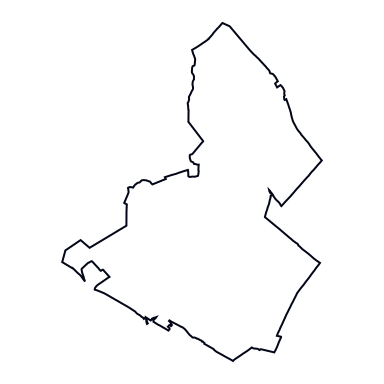 outline of Hanesti, Botosani, Romania
{"feature_id": "2599482B45737492982301", "entity_name": "Hanesti", "entity_type": "district", "adm_level": 2, "iso_a3": "ROU", "parent_name": "Romania", "parent_adm1": "Botosani", "projection": "orthographic", "projection_center": [27.009, 47.93], "detail": "fine", "context": "isolated", "style": "outline", "palette": "ink", "viewbox_px": 384, "rotation_deg": 0, "n_neighbors": 0, "source": "geoboundaries", "source_scale": "gbopen_adm2", "svg_char_len": 5916}
<svg xmlns="http://www.w3.org/2000/svg" viewBox="0 0 384 384"><path d="M274.3,352.4L275.8,349.6L277.1,346.8L278.8,342.3L280.2,339.2L280.9,337.6L281.1,337.0L281.1,336.8L281.0,336.7L276.9,335.8L277.9,333.2L278.1,332.7L279.5,330.0L280.4,327.7L282.5,323.4L282.8,322.6L286.5,314.4L287.9,311.7L289.1,309.2L289.8,307.9L291.8,303.7L292.6,302.3L294.9,297.7L295.4,296.8L297.1,293.2L300.4,288.7L302.9,285.6L303.7,284.7L305.4,282.3L309.3,277.3L311.0,274.9L313.7,271.3L314.1,270.9L316.1,268.0L318.2,265.4L320.0,262.9L316.2,260.3L313.8,258.5L309.3,254.5L305.1,251.2L302.0,248.9L301.2,247.9L300.7,247.6L299.5,246.3L298.4,245.5L298.1,245.0L298.0,244.4L297.8,244.1L297.4,243.7L295.7,242.7L294.5,241.7L293.7,241.2L292.6,240.4L291.8,239.5L289.5,237.7L280.6,230.1L279.6,229.2L273.1,223.9L264.9,217.1L266.0,212.8L267.3,209.0L267.7,207.5L269.1,203.7L269.8,200.1L270.5,197.9L270.5,196.9L270.7,195.9L271.3,195.7L271.7,195.3L271.9,195.0L271.9,194.8L271.8,194.3L271.5,193.9L271.1,193.6L270.4,193.2L269.3,191.0L269.1,190.0L270.1,191.1L270.8,192.2L272.8,194.6L273.3,195.9L275.3,198.8L276.4,200.0L279.2,202.7L279.7,203.4L280.1,204.1L280.9,205.6L281.2,205.9L281.4,206.1L285.7,201.3L290.4,196.4L292.4,194.0L293.5,192.8L296.6,189.1L298.7,186.9L304.5,180.2L308.0,176.4L308.5,176.0L310.2,173.7L312.2,171.3L313.2,170.4L317.0,166.0L318.2,164.5L319.5,163.2L321.8,160.4L321.4,160.0L317.9,155.6L316.5,153.7L312.0,148.2L310.6,146.4L308.9,143.7L307.8,142.2L305.9,140.2L304.5,138.4L303.8,137.6L301.2,134.6L300.4,133.2L298.6,131.1L297.0,128.9L293.4,122.2L292.7,120.5L291.7,116.9L291.2,114.8L291.0,113.7L291.0,113.3L289.7,108.9L289.4,108.1L289.0,107.2L288.6,105.6L286.3,99.2L284.8,100.0L284.7,99.9L284.3,99.4L284.0,96.5L284.1,96.2L284.5,95.7L284.7,95.4L284.2,93.8L284.5,91.0L283.0,87.9L282.2,86.9L281.4,85.9L280.5,85.1L277.1,87.4L275.1,83.6L276.3,82.4L277.8,81.3L275.8,77.6L274.8,76.0L274.3,75.7L273.6,74.7L272.8,74.0L272.4,73.8L271.3,73.6L270.1,73.2L269.9,72.8L269.8,72.0L269.5,71.1L268.9,70.2L268.4,69.6L266.4,67.5L266.0,66.8L265.0,65.8L261.3,61.8L260.7,61.2L258.4,58.6L256.6,57.0L255.4,55.7L254.2,54.8L251.2,51.7L249.5,49.8L230.2,26.9L229.7,26.4L229.3,26.1L222.4,23.0L218.5,27.5L217.1,28.8L215.9,30.2L213.7,32.7L212.2,34.8L209.1,38.3L208.7,38.5L208.8,38.8L206.4,40.7L196.9,47.1L192.1,49.9L192.3,50.8L193.0,53.2L193.5,54.6L194.1,55.8L194.5,57.3L194.9,58.1L195.1,59.0L195.2,59.7L194.9,62.0L194.9,62.8L194.7,64.3L194.6,64.9L194.5,65.3L194.3,65.5L192.7,66.2L192.2,67.4L191.9,70.6L191.9,71.9L192.0,72.7L192.5,73.7L193.2,74.4L193.4,74.9L193.8,75.6L193.9,76.1L194.0,76.4L193.9,77.0L194.0,79.2L193.8,79.6L193.0,81.0L192.6,82.4L192.6,83.6L192.5,84.4L192.5,84.9L192.9,86.3L193.0,88.0L193.0,88.7L192.9,89.3L192.6,89.8L191.8,91.1L190.2,94.6L189.3,96.2L189.0,96.7L188.9,97.2L188.9,97.6L189.1,98.8L189.1,99.5L188.6,101.2L188.4,101.9L187.9,102.7L187.7,103.1L188.2,107.0L188.3,109.6L188.6,109.9L188.5,113.4L188.5,116.6L188.5,117.6L188.4,118.4L188.5,120.3L188.3,121.7L201.9,139.5L203.2,141.2L203.2,141.4L201.6,143.0L192.4,154.0L190.2,154.8L189.9,155.0L189.8,155.6L189.7,156.5L189.8,157.6L189.9,158.5L190.3,159.6L190.5,160.4L190.8,161.0L191.1,161.4L191.7,161.7L192.4,162.0L193.3,162.4L194.0,163.9L195.9,164.1L196.4,164.4L197.6,164.7L198.7,164.7L198.5,167.2L198.4,170.3L198.6,170.6L198.7,171.1L198.6,171.9L198.5,172.9L198.2,175.0L197.9,175.9L196.1,176.4L194.8,176.7L192.2,176.6L190.6,176.9L189.2,176.9L188.4,176.3L188.3,175.6L188.3,173.7L188.2,172.4L188.1,170.4L187.9,169.9L186.4,170.4L182.6,171.5L181.2,172.1L180.1,172.3L176.1,173.8L170.7,175.3L164.9,177.2L165.8,179.0L152.4,184.4L151.1,183.1L150.1,181.7L149.6,181.5L148.3,181.1L146.1,180.3L143.8,180.1L142.3,180.2L141.7,180.4L141.2,180.8L139.8,182.3L139.4,182.5L137.7,182.8L136.9,183.3L135.9,184.2L135.2,184.6L134.1,186.0L133.1,187.6L132.9,187.6L131.9,187.2L131.1,187.3L129.9,187.0L128.2,187.7L128.0,187.9L128.3,189.5L128.6,191.8L128.5,192.6L127.3,195.7L124.2,202.9L124.3,203.1L124.6,203.3L125.2,203.5L126.8,204.4L126.5,211.3L126.4,225.7L89.6,247.8L80.6,240.1L65.4,250.4L62.2,262.1L72.7,268.4L72.8,268.2L75.8,271.1L77.3,272.6L80.2,275.1L81.0,276.0L83.3,279.3L85.0,281.5L84.7,280.5L83.9,278.3L83.5,276.5L82.4,273.5L82.0,271.9L81.6,269.9L81.6,269.2L81.7,268.8L87.7,263.2L88.3,262.8L89.3,262.4L91.4,261.2L91.8,261.2L92.7,262.0L94.5,264.0L98.7,268.5L99.4,269.5L100.6,270.7L100.7,270.8L100.9,270.8L102.5,269.7L102.9,269.7L103.3,270.0L104.3,271.2L109.5,276.9L107.9,277.9L100.8,282.8L98.0,284.7L97.3,285.2L96.6,286.0L95.6,287.1L95.2,287.7L94.9,288.4L94.7,289.6L98.0,290.7L104.5,293.4L128.8,307.4L134.8,311.3L135.2,311.6L136.7,313.3L137.6,314.0L139.8,315.2L140.6,315.9L141.5,316.8L142.3,317.2L142.7,317.4L143.9,318.9L145.3,317.5L145.9,317.7L146.2,318.4L146.3,318.7L146.1,319.3L146.3,320.2L146.3,321.3L146.4,321.7L146.9,322.3L146.6,322.9L147.0,323.9L147.8,323.4L147.2,322.0L146.9,321.3L146.8,320.5L146.7,319.1L146.3,317.6L150.7,320.5L151.0,320.2L151.9,318.8L153.8,317.8L154.7,317.7L156.3,317.1L155.7,318.0L154.2,319.4L153.3,320.2L153.3,320.6L153.5,321.1L153.6,321.4L153.5,321.8L157.9,324.6L159.6,325.4L166.7,329.5L168.4,330.6L169.4,329.4L169.6,329.1L169.6,328.7L169.2,327.9L167.9,326.7L168.4,326.2L169.4,325.0L169.7,325.0L170.3,325.3L171.0,326.1L171.6,325.6L171.9,325.1L170.8,323.2L170.1,322.1L169.0,321.0L169.5,320.4L171.4,321.7L176.9,324.5L181.2,326.8L182.5,327.3L184.6,328.9L186.4,330.9L189.4,334.7L191.8,336.7L191.9,336.9L192.1,337.1L192.6,337.5L193.4,337.6L194.6,337.5L196.5,338.3L196.7,338.6L197.0,338.7L197.3,338.6L198.9,339.3L199.8,340.0L200.7,340.3L201.1,340.5L201.5,340.6L202.0,341.3L202.0,341.5L202.8,341.5L203.4,342.2L204.0,342.8L204.4,343.0L204.3,343.8L213.5,349.0L214.4,350.2L214.9,350.5L216.5,351.8L221.5,354.5L224.8,356.4L231.3,359.9L233.0,361.0L233.9,360.0L235.6,358.7L240.3,355.6L243.1,353.6L247.3,350.9L250.4,348.6L251.6,347.5L251.8,347.5L253.1,348.2L253.9,348.5L256.7,348.7L258.1,349.0L258.7,349.4L259.4,350.1L259.7,350.0L260.5,349.3L260.9,349.2L274.3,352.4Z" fill="none" stroke="#020617" stroke-width="2"/></svg>